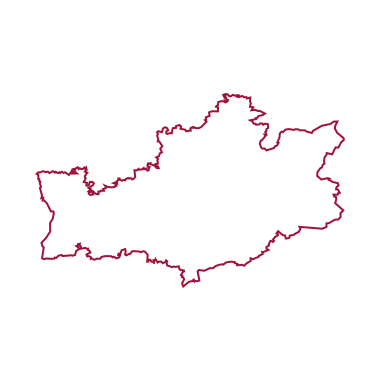 the district of Mymensingh, Dhaka, Bangladesh, rotated 262°
{"feature_id": "16705992B54511139091050", "entity_name": "Mymensingh", "entity_type": "district", "adm_level": 2, "iso_a3": "BGD", "parent_name": "Bangladesh", "parent_adm1": "Dhaka", "projection": "equal_earth", "projection_center": [90.455, 24.722], "detail": "fine", "context": "isolated", "style": "outline", "palette": "rose", "viewbox_px": 384, "rotation_deg": 262, "n_neighbors": 0, "source": "geoboundaries", "source_scale": "gbopen_adm2", "svg_char_len": 6034}
<svg xmlns="http://www.w3.org/2000/svg" viewBox="0 0 384 384"><g transform="rotate(262 192 192)"><path d="M241.6,345.8L242.0,342.1L240.1,338.7L239.5,329.7L235.7,320.3L233.8,318.9L236.0,313.8L237.3,312.5L238.1,307.1L239.1,306.2L239.8,303.4L239.3,301.5L240.8,296.9L240.8,293.3L238.7,290.5L239.3,289.1L237.7,287.1L234.0,286.3L229.1,283.4L228.7,284.5L226.3,282.8L225.5,280.2L224.1,279.3L222.9,271.5L225.0,269.9L225.2,267.8L226.5,266.6L230.4,265.9L233.3,267.2L233.5,268.4L237.3,272.6L238.8,271.8L238.5,273.7L241.3,272.9L242.1,274.2L243.8,274.4L245.0,276.5L248.7,276.5L249.5,273.9L248.7,271.8L249.8,271.5L250.5,269.4L249.6,268.1L249.7,264.8L250.7,264.4L251.1,262.5L253.5,261.7L254.9,259.7L255.3,265.5L256.3,265.4L256.6,267.4L258.0,268.4L258.3,272.5L259.5,275.2L263.0,270.2L262.9,268.9L264.5,266.1L264.7,262.3L267.3,264.5L268.3,261.3L271.7,262.6L273.8,262.1L277.4,262.9L277.0,259.4L278.3,259.2L278.7,256.4L280.1,255.3L279.4,251.7L280.0,250.1L280.7,250.7L280.5,252.3L281.2,251.9L281.6,249.7L281.1,248.7L282.5,246.0L281.3,243.6L282.1,241.9L283.6,241.1L284.3,238.8L283.8,236.4L282.7,236.7L282.8,238.6L280.2,236.9L281.1,238.3L280.6,238.9L278.6,239.0L278.0,240.5L277.0,239.8L277.8,237.7L276.4,238.5L276.1,237.4L277.0,236.6L277.9,233.9L277.4,230.5L274.6,229.9L272.9,226.9L273.0,228.5L272.2,229.5L268.2,228.9L269.2,223.1L268.5,220.0L264.9,220.0L264.1,216.1L261.7,216.1L261.4,214.8L259.5,216.1L255.1,210.2L254.2,207.3L254.9,204.3L255.8,203.4L255.3,202.2L256.3,201.7L255.2,199.2L253.0,199.3L253.0,194.6L254.6,194.0L256.2,189.4L258.5,190.3L260.1,188.8L259.4,185.2L257.7,185.0L257.9,181.9L252.9,180.0L253.4,178.8L252.9,175.6L253.7,174.6L255.7,175.1L256.5,177.0L258.8,176.1L259.7,174.7L259.7,173.4L258.7,172.0L255.4,170.6L256.9,167.1L256.1,165.7L254.2,166.4L252.7,165.3L248.5,166.0L246.9,165.1L246.4,166.7L241.4,169.0L239.3,166.6L235.4,167.7L234.7,165.4L232.2,164.4L231.3,161.4L229.5,163.0L228.1,162.1L224.9,162.3L224.7,159.6L224.1,158.8L221.9,162.0L220.3,162.3L220.5,160.5L223.7,158.2L225.5,154.2L226.3,154.7L226.4,152.3L224.1,151.5L222.7,153.4L222.0,152.1L221.1,152.7L219.3,151.8L219.5,150.5L221.7,149.7L221.2,147.8L222.5,147.5L221.4,145.7L221.4,142.8L222.4,142.2L221.1,140.6L221.5,138.0L214.8,137.9L213.1,135.9L212.8,134.4L214.3,133.4L214.0,131.5L214.8,130.7L214.0,128.1L212.9,127.5L213.4,125.7L212.9,124.1L214.3,122.3L215.5,122.2L215.5,120.8L214.0,120.7L213.2,119.2L210.9,119.1L212.3,117.9L211.7,115.6L210.9,117.2L208.6,117.8L208.6,116.5L207.7,116.0L207.8,113.1L208.9,108.9L210.3,106.8L208.7,107.6L207.8,107.2L207.3,104.3L205.5,105.0L206.0,101.6L205.2,101.0L205.4,99.4L202.8,99.0L203.4,96.7L205.6,94.4L204.0,93.1L203.3,93.5L203.2,90.9L204.8,89.4L206.1,90.1L206.3,94.2L207.0,93.6L207.3,90.0L209.0,92.1L210.5,90.1L212.4,94.6L214.0,96.0L215.7,94.9L216.2,92.3L213.2,90.8L212.8,89.1L213.3,88.2L215.7,89.3L216.9,86.2L220.3,88.6L221.7,87.9L223.0,88.3L225.7,91.1L227.1,88.8L228.6,90.8L231.0,90.6L229.9,89.4L231.2,88.7L230.2,87.6L230.1,85.7L231.2,84.1L230.5,83.0L232.4,82.3L231.7,80.3L230.3,79.5L230.4,78.5L230.8,79.2L231.3,78.4L231.1,76.8L229.8,75.9L228.7,76.7L228.1,77.6L228.5,78.6L226.4,80.6L226.9,75.7L228.2,74.7L226.0,72.5L229.2,69.0L228.8,67.5L230.2,65.7L229.1,64.1L230.0,63.1L229.5,62.3L230.0,60.7L231.0,59.9L230.3,58.9L232.0,57.1L230.6,53.4L232.2,52.1L232.1,49.8L233.3,47.5L232.5,44.1L232.9,42.6L231.6,40.7L230.4,42.2L226.3,41.6L225.9,42.6L224.1,42.2L223.3,43.2L221.8,42.5L218.1,43.2L217.2,42.0L209.2,43.0L206.8,42.0L207.0,43.9L204.3,43.0L204.4,44.2L201.1,46.7L192.4,49.6L192.1,52.0L190.0,52.2L184.5,50.1L181.0,47.1L172.6,46.1L166.7,41.0L162.7,35.9L159.3,36.2L157.8,37.5L147.3,34.3L146.1,35.9L146.4,38.4L145.3,44.1L145.2,46.3L146.2,47.2L145.6,48.3L147.5,50.9L147.8,54.2L146.6,54.9L146.1,64.0L145.5,64.9L145.9,67.4L149.6,69.0L151.6,72.7L154.6,70.0L154.7,71.6L156.2,71.8L156.4,73.8L154.5,73.2L153.6,74.4L151.3,73.9L151.5,78.7L150.5,79.7L150.4,81.2L149.1,80.9L148.1,82.3L146.2,82.9L144.8,78.8L142.8,79.2L142.8,81.0L141.6,82.8L139.8,82.5L140.0,83.7L138.5,86.0L139.2,88.5L138.7,91.9L140.3,93.3L140.6,97.1L139.7,102.9L138.4,104.2L138.9,105.2L136.9,107.9L137.0,109.5L137.6,111.0L139.0,111.8L139.7,110.1L141.2,110.8L140.6,112.4L144.0,114.1L144.8,117.8L142.6,118.1L139.4,117.0L138.4,118.3L139.5,120.9L139.2,121.8L141.7,124.7L140.5,131.3L139.5,132.8L140.1,135.1L139.5,137.1L136.0,139.4L129.2,137.9L129.2,139.1L130.9,140.0L130.6,141.4L128.8,141.9L128.0,144.5L126.1,144.6L129.9,144.5L129.4,146.2L130.5,146.6L127.0,148.1L127.6,149.1L127.4,151.8L125.6,153.0L126.4,156.2L127.8,156.8L126.8,157.8L125.6,156.9L122.7,157.3L120.3,161.9L120.8,163.3L120.1,165.3L120.2,168.6L117.8,168.7L116.4,169.7L115.5,173.0L114.4,173.1L114.2,171.9L111.3,169.5L110.4,170.7L109.1,170.1L108.7,171.5L106.5,172.0L103.0,169.5L99.7,170.2L103.6,176.6L103.7,180.2L105.2,180.6L104.3,180.7L104.9,181.6L102.9,182.1L103.4,183.0L102.9,184.6L103.3,187.0L112.4,186.5L113.8,187.9L112.3,193.4L114.1,199.0L113.6,202.1L115.4,205.2L116.1,208.6L116.2,212.1L115.7,212.9L117.5,215.8L117.6,220.9L116.6,224.6L115.6,224.5L114.5,226.9L113.2,226.5L112.9,231.5L111.7,233.5L113.8,236.1L115.5,240.5L118.2,240.8L117.0,243.2L118.6,249.0L119.3,249.1L120.8,253.4L122.8,253.1L122.5,253.8L124.0,259.6L125.3,258.0L127.1,258.0L128.4,260.9L129.5,260.7L132.6,262.7L132.7,263.4L131.3,265.0L132.1,266.4L133.8,265.7L136.0,268.2L137.1,271.1L138.7,271.1L139.2,269.9L141.2,271.8L136.6,276.0L136.0,278.2L133.0,278.3L132.7,279.4L133.2,282.1L135.2,282.7L135.5,287.3L136.2,287.8L137.6,292.1L140.4,294.3L142.5,293.6L137.5,316.0L138.7,320.3L142.2,320.8L142.1,323.2L144.7,329.6L144.4,332.9L146.4,335.6L150.4,336.1L152.7,339.3L161.1,332.2L164.4,333.8L166.9,333.9L167.6,332.3L169.7,331.8L169.1,335.9L170.5,336.5L170.6,338.2L174.0,336.9L174.7,335.0L176.8,335.9L178.1,338.0L180.5,337.6L182.2,333.0L185.1,329.1L185.9,330.2L186.8,328.5L186.4,321.8L190.5,318.2L194.2,319.0L197.7,322.4L198.2,324.0L200.9,325.4L201.6,327.2L203.7,326.9L207.6,328.0L210.2,330.4L211.8,330.8L209.8,336.0L216.1,340.3L215.6,343.1L220.3,346.5L222.7,349.7L224.3,349.6L230.1,344.2L234.8,342.3L237.2,342.8L241.6,345.8Z" fill="none" stroke="#9f1239" stroke-width="2"/></g></svg>